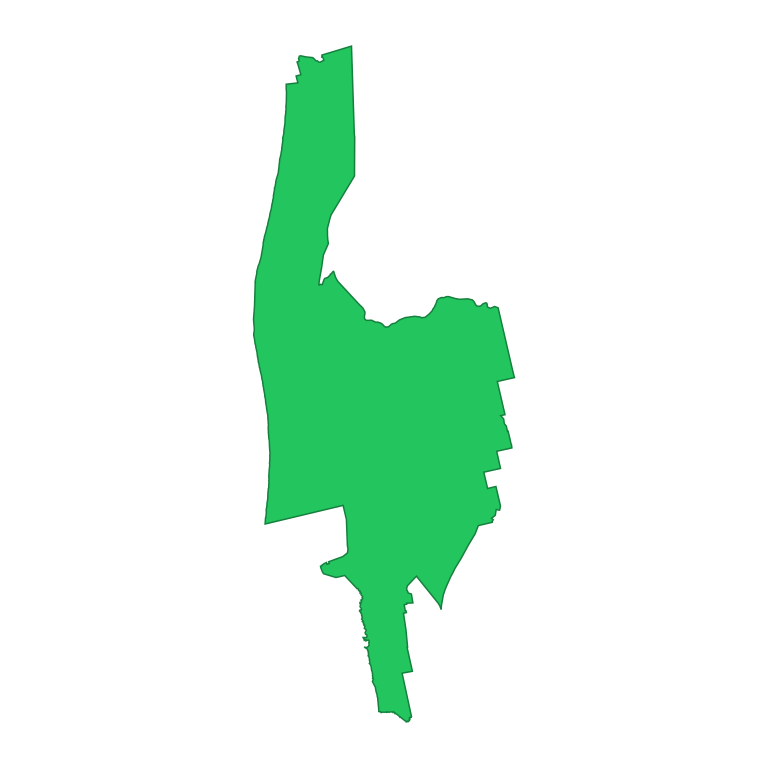 Nīcas pag., Nicas, Latvia
{"feature_id": "27541924B8450529664693", "entity_name": "Nīcas pag.", "entity_type": "district", "adm_level": 2, "iso_a3": "LVA", "parent_name": "Latvia", "parent_adm1": "Nicas", "projection": "mercator", "projection_center": [21.017, 56.321], "detail": "fine", "context": "isolated", "style": "filled", "palette": "green", "viewbox_px": 768, "rotation_deg": 0, "n_neighbors": 0, "source": "geoboundaries", "source_scale": "gbopen_adm2", "svg_char_len": 6091}
<svg xmlns="http://www.w3.org/2000/svg" viewBox="0 0 768 768"><path d="M498.1,307.8L494.5,306.5L490.6,308.3L488.6,307.6L487.5,306.8L487.3,306.4L487.1,305.5L487.3,304.8L486.8,303.2L485.6,302.8L483.0,303.8L480.7,305.9L479.9,306.2L477.5,306.2L475.9,305.2L474.3,302.1L473.3,300.8L472.3,299.9L467.8,298.8L459.6,299.3L455.1,298.5L448.7,296.6L446.7,296.6L443.6,297.7L441.8,297.5L440.4,297.9L438.2,298.9L437.0,300.5L435.8,304.2L434.7,306.1L434.8,306.6L433.0,308.9L432.3,310.6L429.3,313.9L425.1,317.3L421.6,317.7L420.1,317.0L414.7,316.3L405.2,317.6L399.3,320.0L395.2,323.2L392.8,323.6L391.4,324.2L388.5,326.8L385.8,327.1L384.4,326.4L382.4,324.2L380.6,323.0L378.1,322.2L375.4,322.1L371.6,320.2L366.5,320.4L364.8,319.1L364.4,317.6L364.4,316.6L365.0,313.0L364.8,311.6L362.9,308.1L358.5,303.7L338.0,281.6L336.0,278.3L335.1,275.9L333.6,271.4L332.9,271.6L331.3,273.7L330.4,274.1L330.3,274.8L328.2,277.0L326.9,277.8L324.8,278.4L324.1,279.4L322.2,284.7L320.5,284.3L319.2,285.1L318.9,284.9L319.0,283.2L319.4,280.0L321.6,267.7L323.4,255.0L328.4,243.5L327.8,239.9L327.5,235.7L327.4,228.5L330.2,217.5L331.2,214.7L354.5,176.0L354.7,136.9L354.3,134.1L351.5,46.1L322.0,55.0L321.8,57.1L322.5,57.0L323.1,58.0L323.8,60.3L320.1,62.2L318.9,62.1L317.4,60.9L316.5,60.9L315.6,60.5L313.9,58.6L312.6,57.6L306.0,56.9L300.7,55.8L299.4,56.1L298.5,58.9L299.1,59.7L298.9,61.0L298.8,61.4L297.1,61.9L297.4,63.0L297.5,63.0L300.9,74.7L296.1,76.0L297.9,82.9L286.2,84.2L286.2,89.0L286.5,92.2L286.3,102.4L285.9,107.0L286.1,109.3L285.8,110.9L285.7,113.8L285.3,115.7L285.1,118.4L285.0,123.0L283.9,130.7L283.8,133.4L283.1,136.9L282.8,137.3L282.8,140.7L281.8,147.9L281.7,150.1L281.3,151.7L280.9,154.6L279.7,159.3L279.4,163.0L279.2,164.0L279.2,164.8L278.2,173.2L276.1,180.0L276.0,181.2L275.7,182.0L275.7,183.4L275.3,184.7L275.4,185.2L275.1,186.5L274.5,187.8L274.4,188.4L274.6,188.8L273.4,195.7L273.4,197.9L272.7,200.3L272.8,200.9L271.8,205.1L271.3,208.8L270.0,213.5L269.4,217.4L268.3,221.1L268.4,221.5L267.8,223.5L267.8,224.4L266.8,227.6L265.9,231.8L264.3,237.1L264.2,238.5L263.7,239.8L263.8,240.2L263.3,242.0L263.0,245.9L261.0,257.5L259.2,263.7L258.2,265.9L256.8,271.5L256.9,271.8L256.7,273.7L255.3,280.5L255.1,282.8L255.4,282.9L255.2,284.3L254.5,306.1L253.5,319.4L254.3,328.7L254.2,330.9L253.8,333.3L253.7,335.6L254.0,336.3L254.1,337.7L254.4,338.3L255.1,343.8L255.6,345.3L256.0,348.0L257.0,352.2L257.1,353.9L257.3,354.5L257.4,356.2L258.2,360.1L258.3,362.1L258.9,363.7L259.5,367.8L259.8,368.3L260.3,371.1L261.4,375.2L262.0,379.3L262.7,381.7L262.7,382.9L263.1,384.9L263.0,385.7L263.6,387.8L263.6,388.7L264.7,394.4L264.8,396.3L265.5,399.5L265.7,402.5L266.5,407.0L266.5,408.4L266.7,408.6L266.9,410.7L267.2,411.3L267.2,412.2L267.9,416.0L267.8,417.3L268.0,418.3L267.9,419.4L268.2,421.1L268.2,423.2L268.4,424.3L268.2,428.6L268.4,431.0L268.3,432.6L268.6,433.7L268.5,434.3L268.9,438.8L269.3,440.7L269.5,447.2L270.0,453.0L269.8,456.0L269.9,458.6L269.7,459.7L269.8,460.9L269.5,463.1L269.7,465.3L269.2,470.1L268.8,476.6L269.0,479.3L268.8,480.4L269.0,482.5L268.7,485.3L268.8,487.3L268.3,488.6L268.3,490.2L268.0,491.9L267.7,499.1L267.0,503.4L266.9,506.0L266.2,509.6L266.3,512.6L266.0,516.1L265.5,518.1L265.1,524.0L343.1,505.4L346.4,519.4L347.4,545.7L348.0,548.9L347.5,552.8L342.8,556.6L328.7,561.7L329.3,563.4L326.9,564.3L326.5,562.5L324.0,563.7L321.8,565.3L321.9,565.6L320.5,566.2L320.7,567.4L322.2,571.4L323.5,573.7L335.9,577.5L344.7,575.5L357.1,588.7L358.2,588.6L358.5,589.2L358.4,590.0L359.4,591.2L360.2,591.2L360.0,593.0L360.9,592.9L361.1,593.3L361.3,593.6L361.0,594.7L362.5,596.5L362.5,597.4L362.1,597.8L362.6,598.3L362.4,599.1L360.9,600.1L361.7,601.0L361.2,602.2L360.1,602.2L359.9,603.0L359.9,603.4L360.8,603.7L360.1,605.8L360.1,606.9L360.7,607.5L361.6,609.2L361.0,610.2L360.2,609.9L359.6,610.5L359.5,611.0L360.9,612.4L360.7,612.8L361.5,613.7L361.6,615.5L362.2,616.3L361.9,617.0L362.3,617.5L362.4,618.1L361.6,619.1L363.3,621.2L363.1,621.6L362.6,621.8L363.5,622.3L363.4,623.8L363.8,623.9L364.0,625.3L364.6,625.3L364.4,625.9L364.9,626.9L364.3,628.4L366.2,629.7L366.1,630.5L365.1,632.8L365.4,633.8L365.8,634.4L366.6,634.6L367.0,635.1L366.8,637.2L366.5,637.5L363.1,637.5L363.7,638.8L364.2,639.3L364.3,640.3L365.4,639.7L365.8,639.8L365.9,640.9L368.2,640.0L369.1,640.8L369.1,641.5L369.2,642.0L368.8,642.4L369.1,645.1L368.3,646.5L366.4,647.6L364.1,647.0L367.1,648.9L367.9,650.6L368.2,650.9L368.0,651.7L368.6,652.7L368.3,653.2L368.5,653.8L368.4,654.9L368.2,655.4L368.5,655.7L368.3,656.0L368.8,656.4L369.6,659.6L369.3,659.9L369.7,661.3L369.7,663.3L369.4,663.6L370.2,664.3L371.0,665.9L371.6,670.3L372.2,671.8L372.6,674.5L372.5,676.0L373.0,677.4L372.5,678.3L373.4,679.3L372.4,681.5L375.5,687.6L375.5,688.5L376.3,692.5L377.1,694.8L377.2,696.2L377.7,698.3L378.8,710.3L378.7,711.4L379.2,711.7L380.6,711.7L381.0,712.5L381.5,712.6L382.0,712.2L386.5,712.2L386.9,711.8L387.6,711.9L387.5,712.2L388.2,712.0L389.1,712.3L390.2,711.9L392.6,712.0L392.8,712.3L393.3,711.7L394.2,712.4L394.2,712.7L394.9,712.7L395.1,713.0L395.0,713.6L395.8,713.6L398.2,715.3L399.7,716.7L400.0,717.3L400.4,717.1L404.6,720.5L406.4,721.4L406.2,721.8L406.6,721.9L407.3,721.3L407.8,721.7L408.3,721.6L408.6,721.0L409.5,720.6L409.5,720.1L409.2,719.8L409.9,719.3L409.8,718.7L409.4,718.0L409.5,717.6L410.1,717.8L410.3,717.4L411.2,717.3L411.5,716.6L402.1,673.2L412.4,671.3L407.1,647.4L407.6,647.2L406.0,630.1L403.5,613.3L406.4,612.6L405.9,610.7L405.3,610.7L404.2,604.7L406.7,604.2L407.1,603.6L406.9,603.2L412.9,602.9L411.4,594.0L408.2,593.0L407.4,590.8L406.7,589.8L406.7,588.6L407.0,587.0L407.4,585.8L416.4,576.2L437.8,602.7L439.7,605.6L441.2,609.6L441.4,605.7L443.3,595.0L445.2,589.3L447.1,584.8L450.9,576.3L452.7,573.1L454.8,568.7L461.3,558.1L468.2,545.4L475.2,533.7L478.3,525.6L492.3,522.3L492.2,521.5L493.3,519.7L491.5,518.3L495.3,515.3L496.2,509.5L499.6,510.2L500.5,506.0L495.9,486.5L487.6,488.5L483.8,472.2L500.5,468.4L496.7,451.3L511.9,447.9L511.4,444.2L510.9,443.5L510.2,439.9L508.1,431.2L507.5,431.4L506.3,426.1L504.5,423.9L504.2,423.0L503.7,419.0L500.7,415.6L505.0,414.7L497.3,381.5L514.5,377.6L514.3,377.2L512.1,368.1L498.1,307.8Z" fill="#22c55e" stroke="#15803d" stroke-width="1.5"/></svg>